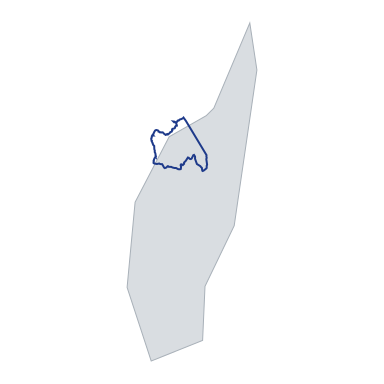 location of Ngetbong, Ngardmau, Palau
{"feature_id": "81905179B3509636164924", "entity_name": "Ngetbong", "entity_type": "district", "adm_level": 2, "iso_a3": "PLW", "parent_name": "Palau", "parent_adm1": "Ngardmau", "projection": "robinson", "projection_center": [134.551, 7.586], "detail": "medium", "context": "in_parent", "style": "outline", "palette": "blue", "viewbox_px": 384, "rotation_deg": 0, "n_neighbors": 0, "source": "geoboundaries", "source_scale": "gbopen_adm2", "svg_char_len": 2059}
<svg xmlns="http://www.w3.org/2000/svg" viewBox="0 0 384 384"><path d="M202.6,340.4L151.2,361.0L127.1,287.4L135.1,202.2L169.2,136.7L206.2,115.7L213.8,108.2L249.8,23.0L256.9,70.0L234.2,225.7L205.0,286.3L202.6,340.4Z" fill="#d9dde1" stroke="#a8b0b8" stroke-width="1"/><path d="M183.5,117.6L183.0,118.2L181.5,119.0L179.8,119.5L178.7,120.6L178.2,120.4L177.6,120.7L176.5,122.6L174.3,121.6L173.4,121.5L173.9,122.0L174.0,121.8L176.2,122.6L176.0,122.9L176.9,125.4L176.8,125.7L176.2,125.5L175.2,126.6L175.1,127.6L174.6,128.3L172.4,128.9L172.0,129.8L172.0,130.1L172.3,130.4L171.6,131.7L170.3,132.1L169.6,133.2L168.5,134.0L167.8,133.9L167.4,134.1L167.4,134.4L166.9,134.2L166.6,134.6L165.5,134.9L165.0,134.3L164.1,133.8L162.8,132.4L162.0,132.3L161.4,132.5L160.3,132.2L160.0,132.4L159.1,131.8L158.9,131.5L158.5,131.5L158.4,130.9L157.9,130.4L156.3,130.0L155.4,130.3L155.0,130.7L153.9,132.6L153.5,134.0L153.0,134.3L152.4,135.2L152.6,135.4L153.0,135.3L153.2,135.5L152.9,135.5L151.8,136.3L151.7,137.9L151.3,138.2L151.2,138.8L151.5,140.5L151.9,140.8L151.7,141.3L152.6,143.0L152.6,143.6L153.0,144.1L153.1,144.8L154.2,145.9L154.3,149.1L154.8,150.7L154.7,152.0L155.3,153.2L155.5,154.2L155.6,155.3L155.9,156.2L155.5,156.4L155.6,157.0L155.5,156.9L155.4,157.3L154.6,158.1L153.9,159.7L153.9,160.4L153.5,161.0L153.8,161.7L153.7,162.1L153.5,162.6L153.6,163.1L154.3,163.5L156.9,164.0L159.2,163.5L159.8,163.9L160.6,164.1L162.2,164.2L164.1,167.6L164.8,168.1L166.4,167.5L167.6,166.2L168.1,166.2L168.7,166.8L171.3,166.9L172.5,167.5L174.5,168.0L176.0,168.0L178.2,169.2L179.7,169.3L180.7,169.1L181.0,167.9L181.0,166.4L180.6,165.1L181.1,164.3L181.7,164.3L182.8,165.1L184.1,163.8L184.0,162.9L184.2,162.4L185.8,160.8L187.9,157.5L188.8,157.8L189.6,158.8L190.8,159.1L191.7,158.5L193.3,155.2L194.0,154.9L195.0,156.5L195.1,157.8L195.0,158.7L196.9,164.0L200.4,166.2L201.1,167.2L201.8,167.7L202.3,170.7L202.7,171.0L203.8,170.5L206.5,168.3L206.7,167.5L206.7,165.7L207.1,164.8L206.3,159.0L206.7,157.9L206.4,156.5L206.5,155.1L185.9,120.9L183.5,117.6Z" fill="none" stroke="#1e3a8a" stroke-width="2"/></svg>